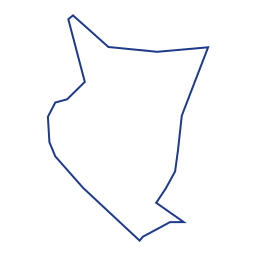 outline of Nam-gu [South District], Daegu, South Korea
{"feature_id": "91817680B72214553011774", "entity_name": "Nam-gu [South District]", "entity_type": "district", "adm_level": 2, "iso_a3": "KOR", "parent_name": "South Korea", "parent_adm1": "Daegu", "projection": "equal_earth", "projection_center": [128.586, 35.828], "detail": "fine", "context": "isolated", "style": "outline", "palette": "blue", "viewbox_px": 256, "rotation_deg": 0, "n_neighbors": 0, "source": "geoboundaries", "source_scale": "gbopen_adm2", "svg_char_len": 375}
<svg xmlns="http://www.w3.org/2000/svg" viewBox="0 0 256 256"><path d="M183.7,222.1L156.2,202.8L165.7,188.6L175.1,171.4L178.0,150.1L181.8,115.6L208.1,47.3L157.2,51.8L108.4,47.0L73.0,15.4L68.3,19.2L84.8,81.9L67.1,99.3L55.3,102.5L47.9,116.8L49.4,142.2L55.3,156.4L83.3,188.1L139.6,240.6L142.9,236.7L170.0,222.1L183.7,222.1Z" fill="none" stroke="#1e3a8a" stroke-width="2"/></svg>